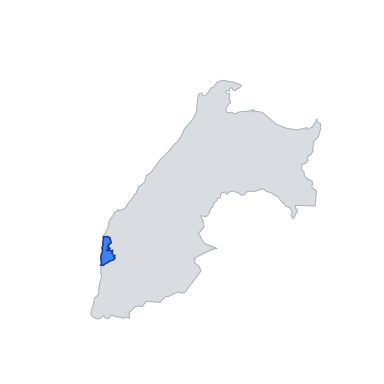 Caraveli, Arequipa, Peru shown in context, rotated 63°
{"feature_id": "86281439B24627039816812", "entity_name": "Caraveli", "entity_type": "district", "adm_level": 2, "iso_a3": "PER", "parent_name": "Peru", "parent_adm1": "Arequipa", "projection": "natural_earth1", "projection_center": [-73.996, -15.752], "detail": "fine", "context": "in_parent", "style": "filled", "palette": "blue", "viewbox_px": 384, "rotation_deg": 63, "n_neighbors": 0, "source": "geoboundaries", "source_scale": "gbopen_adm2", "svg_char_len": 7674}
<svg xmlns="http://www.w3.org/2000/svg" viewBox="0 0 384 384"><g transform="rotate(63 192 192)"><path d="M261.4,113.1L261.3,114.1L260.2,114.6L259.2,113.9L257.7,114.1L255.4,111.7L250.0,112.1L247.6,114.9L244.0,115.5L240.1,116.8L235.6,117.3L228.7,121.8L227.1,123.6L223.9,126.3L221.3,127.1L220.1,135.3L217.6,140.0L216.6,142.6L217.9,146.6L217.9,148.5L216.5,150.0L215.3,150.2L212.9,151.9L209.4,155.5L208.8,158.2L209.9,161.9L209.5,162.3L206.6,163.0L206.7,165.0L206.1,165.8L208.5,168.7L209.9,169.4L210.0,170.1L209.8,170.9L209.2,171.2L209.2,171.9L211.0,174.0L212.3,178.4L214.8,180.5L214.9,181.9L215.6,183.3L217.0,184.3L220.1,188.7L220.2,190.7L216.9,195.3L222.3,195.3L228.2,196.9L229.1,197.6L229.8,199.7L229.9,201.1L231.1,202.2L230.9,204.7L238.8,204.8L243.8,204.1L252.1,196.4L253.4,195.7L252.7,197.4L252.6,198.6L253.0,200.0L252.1,201.9L251.9,220.7L253.4,219.7L255.3,221.5L256.7,221.6L261.2,219.4L266.4,219.8L278.5,244.5L277.5,246.1L277.5,247.4L276.0,248.5L274.5,250.5L274.4,260.3L273.1,263.3L273.8,264.8L274.5,267.9L275.6,269.8L275.8,271.0L275.7,271.5L274.0,272.5L273.9,274.3L270.9,277.8L270.3,280.2L269.1,281.0L268.9,283.6L271.6,288.0L269.9,290.6L268.2,294.4L270.9,302.5L272.1,303.7L273.3,303.6L275.1,304.3L276.0,305.5L273.8,307.1L273.4,307.7L273.6,310.4L271.1,312.4L267.9,317.5L267.0,317.8L265.3,319.3L265.0,320.1L265.3,320.8L266.7,322.3L266.8,324.2L264.5,326.5L262.8,326.7L262.2,327.3L262.9,330.4L262.8,331.9L262.3,333.5L261.1,335.3L257.7,337.2L254.5,337.5L249.1,332.9L247.4,331.0L242.1,327.0L241.3,322.8L239.5,320.8L236.2,319.3L233.6,317.1L231.7,316.1L226.9,311.4L222.4,309.9L214.2,305.0L209.8,303.4L204.1,298.8L201.0,297.5L198.6,295.4L191.1,290.8L189.9,289.3L188.8,287.1L187.1,285.7L185.3,282.6L182.5,280.8L179.8,278.4L176.5,271.9L175.0,270.4L174.8,267.5L173.8,266.1L175.4,265.2L176.4,260.6L175.8,258.3L172.0,252.1L171.3,249.6L168.5,244.9L167.5,242.0L165.3,240.0L164.3,238.2L163.1,237.4L163.0,235.3L162.2,231.1L160.9,229.0L156.5,225.1L156.1,220.9L155.1,218.0L148.9,206.1L145.3,194.7L142.3,188.3L141.1,184.6L140.9,182.7L138.7,179.3L137.5,176.2L132.5,170.3L129.6,163.6L129.2,161.7L127.2,158.0L124.0,153.3L122.4,151.4L112.8,145.6L108.2,142.0L107.7,140.2L107.9,139.1L108.9,138.1L110.3,138.9L111.1,138.6L111.8,137.3L111.8,135.3L110.9,132.8L107.8,127.9L108.6,125.6L105.5,119.9L106.2,114.4L106.9,113.0L111.6,107.4L112.8,105.0L114.8,103.6L116.9,101.3L119.3,99.6L120.0,100.2L120.8,103.2L120.6,105.2L121.3,107.4L119.6,109.4L117.8,109.0L117.1,109.5L116.8,110.4L117.1,111.9L117.6,112.6L119.0,112.6L117.1,115.6L117.2,116.1L118.5,116.7L119.8,115.9L121.1,114.3L121.9,114.0L126.6,116.9L128.8,116.5L130.4,117.9L130.6,120.0L133.0,124.1L136.5,125.0L137.1,124.7L137.9,123.2L138.6,122.9L138.8,120.7L141.8,118.2L142.3,116.6L141.8,115.4L141.9,114.5L143.7,109.1L144.2,108.6L144.8,106.8L145.5,105.8L146.5,99.7L147.3,99.8L148.1,101.2L149.0,100.8L148.5,99.5L148.7,99.0L152.1,94.2L153.1,93.1L169.3,86.5L177.4,79.7L184.5,70.1L186.8,60.5L187.6,61.1L188.9,60.9L188.5,57.0L188.8,55.2L188.8,54.6L186.5,52.3L185.6,49.7L183.7,48.3L183.8,47.7L185.8,48.3L187.7,48.0L189.3,46.5L190.5,46.6L193.1,48.8L195.1,49.0L195.7,50.5L197.6,51.7L200.4,55.0L201.6,58.6L201.5,59.3L202.7,61.2L205.3,62.1L208.0,64.8L210.7,65.6L211.9,68.0L212.7,68.8L213.0,70.2L212.6,71.8L213.0,72.7L215.0,74.1L216.7,74.2L217.1,74.9L218.1,78.8L217.4,80.9L217.7,82.0L220.0,82.9L220.6,83.8L222.4,84.0L225.0,83.1L228.1,84.4L230.5,83.9L231.7,83.6L232.8,82.7L233.8,82.7L236.2,80.2L236.9,80.0L239.6,81.1L241.8,82.9L244.6,82.5L245.7,81.4L247.7,80.8L251.3,83.0L252.1,84.0L253.1,84.2L256.9,86.3L257.6,87.2L259.7,88.0L260.1,88.7L260.0,89.5L250.9,105.8L253.7,107.2L256.3,106.4L257.7,107.5L258.7,110.1L260.7,111.9L261.4,113.1Z" fill="#d9dde1" stroke="#a8b0b8" stroke-width="1"/><path d="M216.5,298.1L216.3,298.1L216.1,297.5L216.1,297.4L216.2,297.2L216.2,296.8L216.3,296.6L216.2,296.5L216.2,296.3L216.4,295.7L216.3,295.4L216.4,295.1L216.6,294.8L216.7,294.5L216.7,294.4L216.7,294.2L216.6,293.9L216.7,293.6L216.6,293.3L216.7,293.0L216.8,292.9L216.9,292.5L216.9,292.4L216.7,292.2L216.6,291.9L216.3,291.4L216.3,291.2L216.2,291.1L216.2,290.9L216.1,290.7L215.9,290.5L215.6,290.5L215.4,290.6L215.1,290.7L214.9,290.5L214.7,290.4L214.4,290.6L214.2,290.5L214.0,290.2L214.0,290.3L213.9,290.2L213.8,290.3L213.8,290.2L213.7,289.9L213.2,290.3L212.8,290.3L212.5,290.5L212.1,290.7L211.6,290.7L211.3,290.9L211.2,290.9L210.8,290.9L210.6,291.1L210.4,291.2L210.2,291.2L210.0,290.9L209.8,290.8L209.4,290.4L209.2,289.9L209.1,289.7L208.9,289.6L208.7,289.4L208.2,289.4L207.9,289.4L207.9,289.5L207.7,289.6L207.8,289.9L207.8,290.1L207.8,290.3L207.9,290.6L207.8,290.8L207.9,291.0L207.6,291.2L207.5,291.4L207.4,291.4L207.2,291.6L206.8,292.0L206.7,292.4L206.5,292.7L206.3,292.8L206.2,293.0L206.0,293.3L205.9,293.3L205.9,293.6L205.8,293.8L205.6,293.9L205.5,294.0L205.4,294.1L205.2,294.3L204.9,294.1L205.0,294.0L204.9,293.6L205.0,293.5L205.0,293.3L205.1,293.2L205.2,292.8L205.0,292.4L205.1,292.2L205.3,292.2L205.5,292.0L205.6,291.9L205.5,291.6L205.6,291.4L205.4,290.9L205.2,290.6L204.9,290.5L204.6,290.7L204.5,290.8L204.3,290.8L204.2,291.0L204.0,291.3L204.0,291.5L203.9,291.7L203.9,291.8L203.6,292.0L203.2,292.0L203.0,291.9L202.9,292.0L202.8,291.9L202.6,291.9L202.3,291.9L202.0,291.8L201.9,291.6L202.0,291.4L201.9,291.4L201.8,291.2L201.7,290.9L201.6,290.5L201.8,290.2L201.7,289.9L201.4,289.6L201.2,289.5L200.8,289.3L200.7,289.3L200.6,289.2L200.5,288.9L200.7,288.7L200.8,288.2L200.7,287.8L200.6,287.7L200.8,287.5L200.6,287.1L200.3,286.9L200.1,286.9L200.0,287.0L199.8,287.0L199.5,286.8L199.3,286.8L199.1,286.6L198.8,286.6L198.6,286.5L198.3,286.5L198.2,286.5L197.9,286.6L197.6,286.2L197.4,286.3L197.2,286.4L196.9,286.4L196.7,286.4L196.5,286.5L196.4,286.4L196.3,286.2L196.2,286.2L195.9,286.0L195.7,285.8L195.5,286.0L195.4,286.2L195.0,286.4L194.5,286.7L194.4,286.6L194.2,286.6L194.0,286.8L193.9,287.0L193.6,287.1L193.5,287.3L193.3,287.5L193.2,287.9L193.0,288.3L193.0,288.8L192.9,289.0L192.8,289.3L192.6,289.4L192.5,289.5L192.4,289.6L192.3,289.8L192.3,290.1L192.3,290.3L192.1,290.7L191.9,291.1L191.7,291.2L191.5,291.3L191.7,291.5L191.9,291.5L192.1,291.6L192.5,291.6L192.8,291.9L192.8,292.0L193.0,292.0L193.3,292.2L193.6,292.3L194.0,292.6L194.3,292.8L194.6,293.1L194.5,293.3L194.6,293.2L195.2,293.4L195.8,293.7L196.2,294.0L196.8,294.4L196.8,294.5L197.7,294.9L198.6,295.3L198.9,295.4L199.3,295.5L199.7,295.7L199.8,295.8L199.8,296.0L199.8,296.3L200.0,296.5L200.1,296.9L200.3,297.1L200.7,297.3L200.8,297.4L200.9,297.5L201.0,297.5L201.3,297.6L201.5,297.6L201.7,297.8L201.8,297.7L202.0,297.7L202.3,297.6L202.7,297.8L202.7,298.0L202.8,298.2L203.0,298.2L203.1,298.3L203.6,298.4L203.7,298.5L203.9,298.7L205.4,299.4L205.5,299.6L205.7,300.0L205.7,300.3L205.7,300.5L205.8,300.6L206.0,300.7L206.1,300.8L206.4,300.9L206.4,301.0L206.6,301.1L206.7,301.4L206.8,301.3L207.0,301.5L207.4,301.8L207.5,301.8L207.7,302.0L207.8,302.2L207.9,302.3L208.1,302.4L208.3,302.6L208.8,302.8L209.2,302.9L209.4,303.1L209.8,303.3L209.9,303.5L210.2,303.7L210.2,303.8L210.2,304.0L210.2,303.9L210.3,303.9L210.2,303.8L210.4,303.8L210.5,303.8L210.5,303.7L210.6,303.8L210.8,303.9L211.0,303.9L211.4,303.9L211.5,304.0L212.0,304.1L212.4,304.2L212.5,304.3L212.9,304.5L213.1,304.7L213.3,304.7L214.2,304.9L214.3,305.1L214.5,305.1L215.1,305.4L215.3,305.5L215.5,305.7L215.6,305.9L215.5,306.0L215.6,306.3L215.7,306.6L215.8,306.5L215.8,306.3L215.9,306.1L216.1,305.9L216.3,305.8L216.4,305.5L216.6,305.2L216.6,304.9L216.7,304.7L216.9,304.7L217.0,304.6L216.9,303.8L217.0,303.5L216.9,303.1L216.9,302.9L216.9,302.6L216.6,302.1L216.6,301.5L216.6,301.4L216.6,301.2L216.5,300.7L216.4,300.2L216.5,300.1L216.6,299.9L216.6,299.6L216.5,299.4L216.6,299.0L216.5,298.9L216.5,298.7L216.5,298.4L216.5,298.1Z" fill="#3b82f6" stroke="#1e3a8a" stroke-width="1.5"/></g></svg>